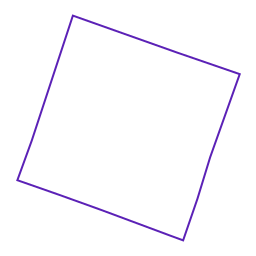 Marion, Illinois, United States of America (orthographic projection), rotated 289°
{"feature_id": "52423323B11671877616863", "entity_name": "Marion", "entity_type": "district", "adm_level": 2, "iso_a3": "USA", "parent_name": "United States of America", "parent_adm1": "Illinois", "projection": "orthographic", "projection_center": [-88.957, 38.65], "detail": "fine", "context": "isolated", "style": "outline", "palette": "violet", "viewbox_px": 256, "rotation_deg": 289, "n_neighbors": 0, "source": "geoboundaries", "source_scale": "gbopen_adm2", "svg_char_len": 299}
<svg xmlns="http://www.w3.org/2000/svg" viewBox="0 0 256 256"><g transform="rotate(289 128 128)"><path d="M215.3,216.1L215.3,150.1L216.3,39.3L84.7,41.1L42.6,40.4L42.4,84.6L41.8,128.7L40.0,202.0L39.7,216.7L83.6,216.7L127.2,215.2L215.3,216.1Z" fill="none" stroke="#5b21b6" stroke-width="2"/></g></svg>